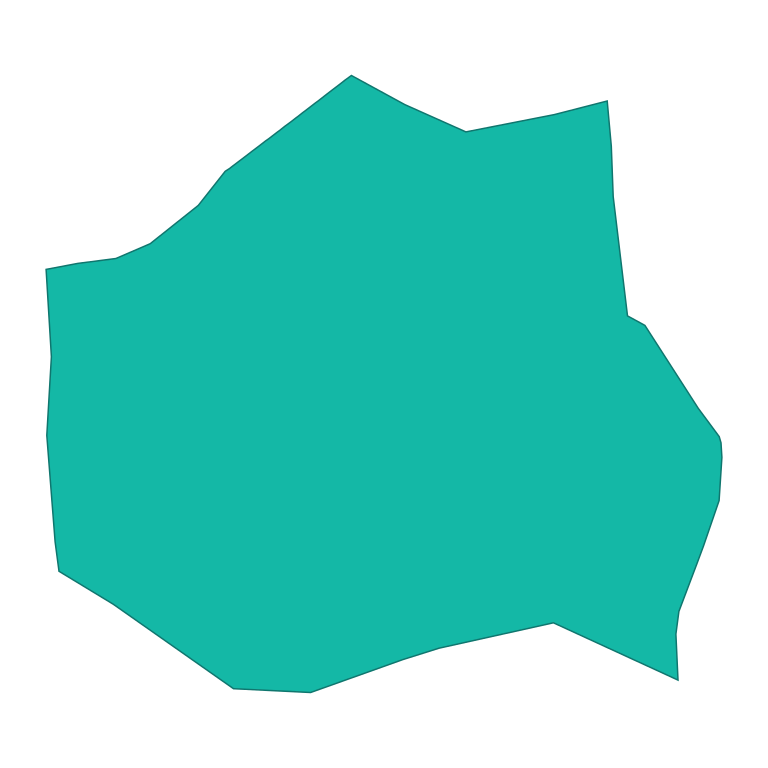 outline of Cogt-Cecii, Ömnögovi, Mongolia
{"feature_id": "93677404B54738305211912", "entity_name": "Cogt-Cecii", "entity_type": "district", "adm_level": 2, "iso_a3": "MNG", "parent_name": "Mongolia", "parent_adm1": "Ömnögovi", "projection": "equal_earth", "projection_center": [105.867, 43.804], "detail": "fine", "context": "isolated", "style": "filled", "palette": "teal", "viewbox_px": 768, "rotation_deg": 0, "n_neighbors": 0, "source": "geoboundaries", "source_scale": "gbopen_adm2", "svg_char_len": 875}
<svg xmlns="http://www.w3.org/2000/svg" viewBox="0 0 768 768"><path d="M678.0,680.1L675.9,634.1L678.9,611.4L696.7,564.3L703.5,546.0L719.1,500.6L721.9,457.4L721.0,442.8L719.2,436.6L698.3,408.4L644.9,325.4L627.5,315.9L613.2,196.6L611.3,146.2L607.2,101.0L554.3,114.6L465.9,131.9L404.8,104.6L351.4,75.5L344.9,80.2L340.6,83.6L335.9,87.2L332.6,89.7L327.0,94.0L321.9,98.0L317.8,101.2L315.3,103.0L310.0,107.1L304.8,111.1L302.5,112.8L298.0,116.4L296.2,117.7L292.5,120.6L290.0,122.5L284.8,126.3L279.4,130.6L277.2,132.2L268.5,138.9L265.2,141.2L264.6,141.7L257.2,147.4L252.4,151.0L241.6,159.3L239.2,161.1L233.0,165.8L229.4,168.6L225.2,171.3L198.3,205.4L150.2,243.7L115.9,258.5L77.8,263.4L46.1,269.4L51.4,356.8L46.8,435.4L55.1,541.7L59.0,571.3L113.2,604.2L233.5,688.7L310.6,692.5L402.8,659.6L439.0,648.2L553.4,622.8L678.0,680.1Z" fill="#14b8a6" stroke="#0f766e" stroke-width="1.5"/></svg>